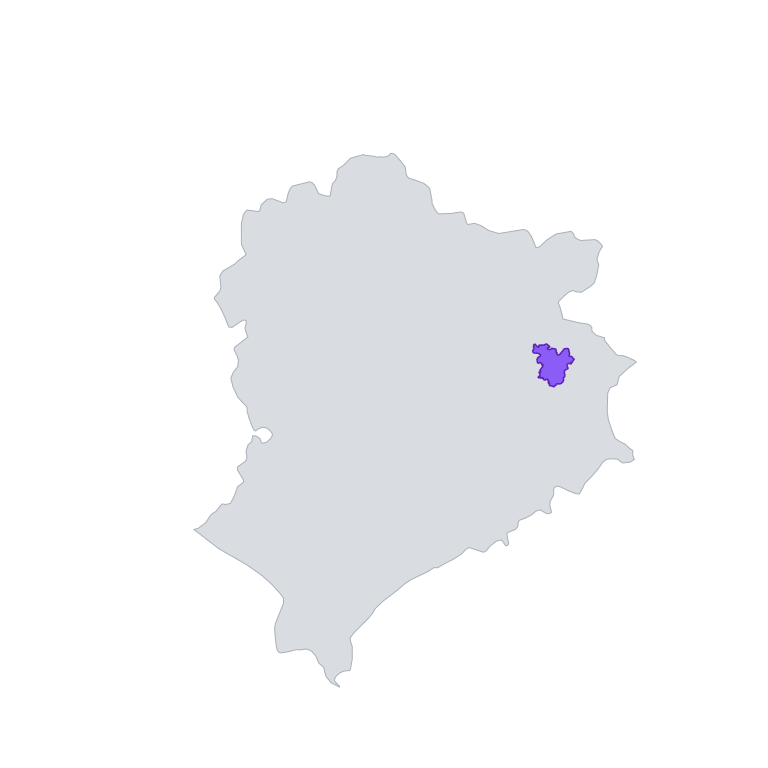 Buda-Kashalyova, Gomel, Belarus (highlighted), rotated 319°
{"feature_id": "67162791B74774527984565", "entity_name": "Buda-Kashalyova", "entity_type": "district", "adm_level": 2, "iso_a3": "BLR", "parent_name": "Belarus", "parent_adm1": "Gomel", "projection": "mercator", "projection_center": [30.535, 52.745], "detail": "fine", "context": "in_parent", "style": "filled", "palette": "violet", "viewbox_px": 768, "rotation_deg": 319, "n_neighbors": 0, "source": "geoboundaries", "source_scale": "gbopen_adm2", "svg_char_len": 7865}
<svg xmlns="http://www.w3.org/2000/svg" viewBox="0 0 768 768"><g transform="rotate(319 384 384)"><path d="M588.7,533.0L578.6,532.3L566.4,532.6L559.5,537.4L552.1,535.1L546.8,537.7L534.7,550.9L530.0,557.9L525.5,568.7L522.8,576.7L524.3,582.3L526.5,587.5L527.0,593.1L528.1,597.5L525.1,600.6L523.4,605.2L518.3,604.4L512.1,600.0L510.8,593.7L506.0,589.2L502.8,586.9L497.6,586.6L489.3,588.7L478.5,590.2L470.3,590.7L465.8,592.9L459.2,595.1L456.7,592.5L453.0,585.3L450.0,578.1L447.9,574.9L446.1,574.0L443.9,574.2L441.4,576.5L439.5,578.9L432.6,581.6L429.6,584.2L426.3,590.8L424.1,590.3L421.8,588.8L419.2,581.4L415.6,579.7L409.8,579.6L402.7,578.0L396.9,575.7L394.8,576.3L391.4,579.4L387.6,579.9L379.5,577.1L377.9,578.4L373.2,586.5L371.0,586.9L369.8,585.9L370.4,578.8L365.7,576.3L357.7,575.9L352.1,576.9L349.4,576.6L348.0,575.3L341.1,563.3L337.5,562.5L331.0,563.1L321.4,561.7L310.3,559.0L304.2,558.0L301.0,555.3L294.2,554.4L275.9,549.3L268.4,548.4L257.4,548.3L240.6,547.2L229.9,547.8L224.9,549.5L219.2,550.5L199.3,551.9L192.1,553.3L190.1,555.8L187.8,561.3L179.5,570.8L171.6,577.2L170.1,577.7L165.5,574.4L161.6,573.2L157.0,572.9L153.8,573.9L151.8,575.5L152.1,582.9L151.6,583.5L148.1,574.8L148.4,566.9L150.3,562.4L152.7,558.3L151.7,552.2L154.1,544.1L154.1,538.3L153.1,535.7L151.2,532.8L146.0,529.5L143.7,527.0L136.7,523.6L129.7,519.3L128.5,516.7L128.9,515.0L130.1,512.2L135.4,504.3L141.2,496.6L144.9,493.5L164.4,483.5L167.5,480.0L168.2,474.1L167.9,462.2L166.7,451.3L165.2,443.8L161.5,429.5L151.3,400.0L145.1,369.1L149.1,371.0L158.5,371.7L165.9,369.5L169.8,369.2L173.2,369.9L183.0,368.2L185.4,371.0L189.8,373.4L198.4,369.9L206.0,365.5L213.9,366.0L215.0,363.8L217.0,352.8L219.3,350.4L228.8,351.5L232.3,349.5L235.9,344.1L241.5,340.7L246.2,340.7L251.0,336.9L253.4,339.4L254.6,344.0L253.0,347.7L253.7,349.1L257.0,350.9L262.8,350.8L266.5,349.3L267.3,347.2L267.3,343.4L266.4,339.9L264.0,336.9L259.4,335.3L256.2,335.2L255.7,333.3L256.7,329.1L259.6,321.5L263.0,314.5L265.2,311.9L265.5,309.5L265.1,305.2L265.0,297.7L268.2,286.9L272.4,278.9L278.0,276.3L284.9,274.9L289.3,271.1L291.5,266.7L293.3,259.7L295.5,258.3L312.1,259.2L314.7,252.3L316.1,250.3L319.3,248.3L321.5,245.8L320.6,243.9L316.4,242.7L306.4,241.6L304.4,239.3L305.1,236.5L307.7,229.3L310.3,220.0L311.6,212.8L311.7,208.5L313.1,207.4L321.3,206.0L324.0,204.5L331.0,194.7L336.3,193.0L350.1,195.5L356.4,195.3L364.4,196.0L365.1,195.0L367.9,185.2L381.5,169.5L388.8,164.0L393.4,162.8L395.0,163.1L402.3,171.4L404.0,171.7L408.9,168.2L417.3,168.0L421.2,170.9L426.8,181.1L429.7,182.3L437.8,176.6L442.4,174.7L445.3,174.8L460.7,182.7L461.9,185.2L462.0,188.2L459.6,197.4L462.8,203.1L466.5,206.9L474.4,200.5L477.3,198.8L480.5,198.7L484.8,196.4L487.9,192.8L490.9,191.6L496.5,192.4L506.7,191.6L518.7,197.2L519.7,198.9L525.7,205.4L527.8,208.6L529.7,209.6L532.9,212.8L537.1,214.8L540.1,214.2L541.5,215.3L542.8,217.8L542.9,222.0L542.5,234.1L538.2,240.4L537.7,242.6L537.9,245.3L541.2,250.5L545.6,258.5L546.6,263.2L546.6,266.7L540.7,276.9L538.7,279.3L537.3,284.4L536.6,289.5L537.0,291.6L547.0,299.7L554.3,304.1L556.0,306.2L556.1,307.6L552.2,316.2L551.8,318.6L557.7,322.1L561.0,327.8L563.8,337.0L569.4,345.8L590.2,358.6L592.1,360.9L592.7,363.6L592.0,369.6L588.2,380.9L591.8,382.6L601.0,382.1L612.1,383.6L625.5,391.6L625.6,395.1L624.2,398.4L625.1,401.8L626.6,404.7L638.1,413.6L639.2,416.2L639.5,420.5L639.1,423.7L635.9,424.4L632.4,425.8L626.5,429.6L624.2,435.0L614.8,442.3L609.0,445.6L604.4,445.8L593.3,444.3L589.5,440.6L587.9,437.3L583.6,435.8L578.0,435.7L570.2,436.3L568.6,437.3L567.3,441.4L564.0,448.3L561.7,452.3L571.5,466.0L576.5,471.7L578.1,475.1L578.0,477.6L575.6,480.5L576.0,486.3L580.8,493.9L579.2,495.1L578.7,504.5L578.7,514.5L580.0,516.9L582.6,518.9L584.8,522.5L588.5,530.8L588.7,533.0Z" fill="#d9dde1" stroke="#a8b0b8" stroke-width="1"/><path d="M508.7,491.6L508.9,491.9L509.1,492.2L509.1,492.5L508.8,492.7L508.5,492.9L508.1,493.2L507.9,493.7L508.1,494.1L508.4,494.4L508.7,494.8L509.1,495.2L509.4,495.6L509.6,496.2L509.9,496.5L510.1,497.0L510.2,497.3L510.4,497.6L510.8,497.5L511.1,497.3L511.3,497.1L511.7,497.1L512.1,497.5L512.3,497.6L512.9,497.7L513.1,497.7L513.3,497.5L513.7,497.2L514.1,497.1L514.6,497.3L514.9,497.6L515.5,498.2L515.9,498.5L516.3,498.9L516.6,499.1L517.1,499.4L517.4,499.6L517.7,499.7L518.0,499.8L518.6,499.8L519.0,499.7L519.4,499.8L519.9,499.9L520.2,499.8L520.7,499.6L521.1,499.4L521.9,499.1L522.2,498.9L522.4,498.5L522.8,497.9L523.0,497.5L523.3,497.2L523.7,497.0L524.5,497.1L525.4,496.9L526.0,496.3L526.5,495.7L527.0,495.0L527.2,494.2L527.8,493.4L528.5,492.9L529.2,492.3L530.5,492.4L531.1,492.6L532.0,492.9L532.7,493.0L533.3,492.8L533.6,491.8L533.7,491.1L533.9,490.5L534.4,490.0L535.2,489.5L536.3,489.4L537.0,489.8L537.6,490.4L538.0,491.1L538.5,491.6L538.9,491.5L539.3,491.1L539.2,490.7L539.3,490.5L539.6,490.5L539.8,490.7L540.1,491.0L540.4,491.0L540.9,490.9L541.1,490.7L541.7,490.6L542.2,490.4L542.8,490.3L543.2,490.2L543.7,490.0L543.4,489.7L543.4,489.2L543.5,488.6L543.8,487.4L543.8,487.1L543.6,486.5L543.4,486.1L543.0,485.7L542.5,485.1L542.1,484.6L542.1,484.3L542.3,484.0L542.8,483.6L543.7,483.2L544.0,482.6L544.3,482.2L544.6,481.6L544.6,481.2L544.7,480.6L544.9,480.4L545.5,480.3L545.7,479.8L545.9,478.6L546.2,478.4L545.8,477.7L545.3,477.1L544.8,476.7L544.2,476.5L543.7,476.2L543.3,475.8L542.7,475.7L541.6,476.0L541.1,476.2L540.0,476.4L539.2,476.4L538.2,476.6L537.4,476.8L536.4,476.8L535.6,476.8L534.5,476.5L534.1,475.7L534.0,475.1L534.2,474.6L534.9,474.2L535.1,473.7L534.7,473.4L534.9,472.9L535.2,472.5L535.6,472.2L535.6,471.7L535.8,471.5L536.3,471.0L536.5,470.5L536.3,470.0L535.6,468.9L534.7,468.1L534.4,467.6L534.2,467.2L533.7,467.1L533.1,467.2L532.4,467.1L531.8,466.8L531.3,466.4L530.8,466.0L530.5,465.5L530.4,465.0L530.5,464.4L531.0,464.0L531.3,464.0L531.7,464.3L531.9,464.6L532.6,464.8L533.4,464.7L533.6,464.3L533.6,463.7L533.3,463.4L533.3,462.7L533.3,462.0L533.3,461.4L533.1,460.9L532.6,460.2L532.1,460.0L531.5,459.8L531.3,459.8L530.3,459.6L529.7,459.3L529.2,458.7L529.1,458.3L528.7,458.1L527.9,457.9L527.4,457.1L526.9,456.7L526.6,456.5L526.1,456.6L525.8,457.0L525.5,457.4L525.2,457.6L524.5,457.5L524.3,456.8L524.2,456.2L524.2,455.4L524.2,454.8L524.1,454.0L524.0,453.6L524.0,452.9L523.2,452.8L522.6,452.7L522.1,453.1L522.0,453.6L521.5,454.1L520.9,454.2L520.9,454.7L520.9,455.1L520.6,455.6L520.2,455.8L519.5,456.0L518.9,456.1L518.4,456.3L517.8,456.8L517.6,457.3L517.5,457.7L517.3,458.0L517.2,458.2L517.5,458.9L517.8,459.3L518.2,459.6L519.0,460.4L519.6,461.1L520.1,461.6L520.6,462.1L520.8,462.6L520.8,463.1L520.8,463.8L520.9,464.1L521.2,464.5L521.3,464.8L521.1,465.0L520.6,465.3L520.2,465.5L519.8,465.5L519.4,465.4L519.0,465.2L518.6,465.1L518.0,465.0L517.4,465.0L516.8,465.2L516.5,465.4L516.2,465.7L516.0,465.8L515.5,465.9L515.5,466.2L515.3,466.4L515.1,466.7L514.8,467.1L514.5,467.4L514.3,467.7L514.0,468.2L513.9,468.9L514.1,469.4L514.2,469.7L514.9,469.9L515.5,469.9L515.9,470.2L515.9,470.7L516.2,471.3L516.5,471.7L516.5,472.1L516.1,472.5L515.7,472.8L515.7,473.3L516.2,473.6L516.5,473.9L516.4,474.2L515.6,474.7L514.6,475.1L513.6,475.2L512.7,475.4L511.9,475.7L511.2,475.8L510.7,476.0L510.4,476.3L510.5,476.9L510.4,477.4L510.2,477.7L509.8,477.8L509.7,477.5L509.4,477.2L508.8,476.9L508.5,477.2L508.4,477.8L508.4,478.4L508.2,478.8L508.0,479.2L507.7,479.4L507.4,479.6L506.9,479.8L506.3,479.9L505.7,479.9L505.0,479.9L504.8,480.1L504.9,480.6L504.9,481.0L505.4,481.0L506.0,481.2L506.3,481.2L506.4,481.4L506.3,481.6L506.1,481.9L506.1,482.2L506.3,482.4L506.5,482.7L506.8,482.7L507.3,482.7L507.6,483.0L507.6,483.3L507.4,483.5L507.3,483.8L507.5,484.0L508.0,484.2L508.1,484.4L507.9,484.7L507.6,484.9L507.4,485.4L507.6,486.0L508.0,486.4L508.2,486.7L508.7,487.0L509.4,487.1L509.9,487.2L510.4,487.5L510.6,487.7L510.6,488.1L510.3,488.5L510.0,488.9L510.0,489.1L510.0,489.5L510.2,489.9L510.2,490.3L510.0,490.7L509.3,490.6L508.9,490.6L508.8,491.0L508.7,491.5L508.7,491.6Z" fill="#8b5cf6" stroke="#5b21b6" stroke-width="1.5"/></g></svg>